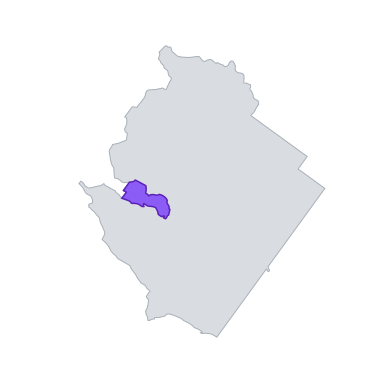 White Nile highlighted on a map of Sudan, rotated 126°
{"feature_id": "SDN-879", "entity_name": "White Nile", "entity_type": "State", "adm_level": 1, "iso_a3": "SDN", "parent_name": "Sudan", "parent_adm1": "", "projection": "mercator", "projection_center": [32.247, 13.605], "detail": "fine", "context": "in_parent", "style": "filled", "palette": "violet", "viewbox_px": 384, "rotation_deg": 126, "n_neighbors": 0, "source": "natural_earth", "source_scale": "10m", "svg_char_len": 5482}
<svg xmlns="http://www.w3.org/2000/svg" viewBox="0 0 384 384"><g transform="rotate(126 192 192)"><path d="M251.7,288.4L248.8,288.4L248.5,287.7L248.5,285.8L248.9,284.4L249.9,282.1L249.7,280.9L249.8,279.1L249.0,277.1L242.1,271.3L240.8,269.7L237.0,268.2L237.7,266.6L236.2,254.7L236.9,253.3L237.1,251.2L237.1,249.4L238.0,246.3L238.1,245.0L230.7,244.9L230.6,246.2L231.0,247.7L231.0,248.3L220.7,248.3L224.8,253.0L225.0,255.1L224.8,257.6L224.8,259.3L225.0,260.3L226.1,262.4L226.1,262.8L225.8,263.3L218.5,269.5L217.3,272.4L216.3,273.9L214.2,276.5L207.6,283.1L206.5,283.5L201.4,283.8L200.9,283.9L200.5,284.2L200.3,284.2L196.0,280.3L188.7,275.6L183.9,278.0L182.5,278.9L182.5,281.2L181.8,282.3L180.5,283.6L176.9,284.4L175.1,285.1L172.9,286.3L170.7,288.4L170.5,289.5L170.8,290.5L158.5,290.5L157.7,289.7L155.9,286.2L154.6,286.4L143.4,286.0L141.8,286.4L138.6,287.8L137.0,288.0L135.3,287.4L129.4,280.5L128.1,279.7L126.8,278.0L125.5,277.3L125.1,276.8L125.0,276.0L125.0,274.5L124.6,273.6L123.7,273.3L115.7,274.9L114.6,274.8L112.9,275.1L112.4,275.3L111.7,276.2L111.6,278.1L111.4,279.1L110.8,280.1L108.5,282.5L108.0,283.5L108.1,286.1L108.0,287.4L107.6,288.0L106.6,289.0L106.3,289.5L105.9,292.8L104.7,294.8L104.4,295.5L104.3,297.0L104.1,297.4L100.5,298.5L99.2,299.3L98.3,300.4L98.1,300.9L96.6,300.5L94.7,300.2L90.9,299.8L89.4,299.3L88.7,298.5L88.9,296.5L88.6,296.1L88.0,295.7L87.6,294.9L87.6,293.8L89.6,291.5L90.0,290.3L90.6,284.5L90.4,282.7L88.8,279.5L85.2,273.9L84.4,272.8L79.9,268.1L79.3,267.4L78.2,265.5L79.4,261.2L79.5,260.0L79.2,258.8L78.1,257.9L77.1,257.8L75.7,256.6L74.9,256.1L74.1,255.1L73.5,253.7L73.9,248.6L73.7,247.9L72.5,247.7L72.3,247.4L72.3,246.4L71.7,243.5L71.0,241.1L71.4,239.8L70.4,238.0L68.6,237.2L65.0,237.8L63.8,237.7L63.1,237.4L62.5,236.7L62.2,235.9L62.5,234.8L63.5,232.6L64.8,230.8L67.4,229.2L68.1,228.3L68.5,227.4L68.5,226.3L68.4,225.1L68.1,224.1L67.3,222.7L66.6,221.0L66.6,219.9L66.9,219.1L67.6,218.1L70.2,216.2L72.8,214.7L73.3,214.1L73.1,213.5L71.9,212.2L71.5,209.7L70.8,207.9L72.2,206.6L73.2,206.1L74.7,205.7L75.3,205.2L75.5,204.1L75.4,203.1L76.0,202.4L76.7,200.8L77.3,200.0L79.4,198.1L79.8,196.9L79.9,195.7L79.4,192.2L80.5,190.7L82.0,189.5L84.2,189.6L87.5,189.3L89.7,188.8L91.4,188.8L95.0,189.5L95.4,189.2L95.6,188.2L95.6,119.7L110.8,119.7L111.0,119.6L111.0,86.6L207.3,86.6L208.1,86.5L209.6,83.4L210.3,83.1L211.3,83.3L211.6,84.1L210.8,86.6L294.9,86.6L295.1,90.4L295.7,93.4L298.1,97.7L300.1,100.1L300.9,101.3L300.9,101.9L300.8,102.5L300.2,101.9L299.2,101.4L299.1,103.4L299.5,107.6L300.4,110.5L299.8,113.1L299.9,117.7L300.9,123.1L300.7,126.5L302.5,134.5L304.2,139.0L305.1,140.1L306.1,140.7L308.2,141.0L311.1,143.3L313.5,145.7L314.3,146.9L315.5,148.3L316.2,148.1L316.7,147.7L317.5,148.8L321.2,151.2L321.8,152.3L320.4,153.4L318.9,155.2L318.1,156.9L317.7,157.5L316.5,158.6L316.3,159.1L315.7,159.4L315.1,159.5L313.9,160.0L312.7,159.9L311.6,160.2L311.1,160.6L310.2,161.0L309.0,161.2L307.0,162.6L305.3,163.3L304.8,163.9L303.9,166.8L303.2,167.6L300.7,167.6L299.5,167.9L297.8,167.6L297.0,167.6L296.8,168.2L296.5,170.7L296.5,171.8L295.1,174.6L295.5,179.9L294.2,183.9L294.0,184.8L292.6,187.9L291.9,189.1L290.2,194.9L289.5,196.7L288.0,198.6L289.5,212.6L288.3,216.9L288.3,219.2L287.4,222.7L286.8,224.2L285.6,226.2L284.7,228.3L283.9,231.1L283.3,236.5L283.1,236.9L278.6,237.6L277.2,238.0L276.3,238.6L275.2,239.9L272.9,243.7L271.7,246.0L269.9,249.1L267.7,251.3L267.2,252.4L266.9,254.4L266.1,257.6L265.3,259.9L265.5,261.7L264.8,264.8L264.9,266.4L264.1,267.2L263.1,268.0L262.4,268.2L259.3,266.1L257.2,267.6L255.8,269.6L254.7,271.7L255.4,276.0L255.3,277.0L255.0,278.0L252.9,282.3L252.3,284.2L251.7,287.6L251.7,288.4Z" fill="#d9dde1" stroke="#a8b0b8" stroke-width="1"/><path d="M238.3,245.1L230.9,245.0L230.8,245.3L230.9,245.6L230.8,245.9L230.8,246.1L230.8,246.4L230.9,247.1L231.1,247.6L231.1,247.8L231.1,248.0L231.1,248.4L226.0,248.4L220.8,248.4L218.4,245.8L217.5,245.2L216.2,245.1L215.9,245.0L215.7,244.9L215.6,244.7L214.8,239.1L214.1,233.8L214.0,233.2L214.5,232.6L216.0,231.2L218.4,229.6L219.8,229.1L220.0,228.9L220.1,228.6L220.2,228.4L220.3,228.3L220.3,228.2L220.2,227.6L220.0,227.1L220.0,226.9L220.0,226.7L220.4,225.1L220.5,224.9L220.4,224.7L220.1,224.4L219.1,224.2L218.8,224.0L218.6,223.9L218.3,223.5L218.1,223.4L217.7,223.0L217.3,222.5L216.3,220.8L215.4,218.7L215.2,218.4L214.7,218.1L214.1,217.6L213.5,217.3L213.2,217.0L213.1,216.9L213.0,216.6L212.9,216.3L212.6,215.7L212.4,214.8L212.1,213.4L212.1,211.2L212.4,209.1L212.8,208.0L213.3,207.2L213.6,207.0L213.7,206.9L214.3,206.6L214.7,206.4L215.1,206.2L215.3,206.0L215.5,205.8L217.1,202.2L217.3,202.0L219.0,200.8L219.1,200.7L219.0,200.4L219.0,200.2L219.0,199.8L219.2,199.6L219.4,199.5L224.3,197.4L224.6,197.5L225.7,197.9L225.9,197.9L226.0,197.9L226.5,197.7L226.8,197.6L227.3,197.6L229.1,197.6L229.4,198.7L229.5,199.1L229.6,199.5L229.4,199.9L229.3,200.0L229.0,200.0L228.6,200.0L228.3,200.0L228.0,200.2L227.9,200.4L227.9,200.7L228.1,201.1L228.3,201.3L229.4,201.7L229.6,201.8L229.8,202.2L229.9,202.8L230.0,205.3L229.9,205.9L229.7,206.4L229.3,206.9L228.9,207.3L228.0,208.3L227.0,210.1L226.2,211.8L226.1,212.2L226.1,212.5L226.1,212.8L226.2,213.2L226.6,214.5L227.2,215.8L228.5,218.0L229.3,219.6L229.4,220.3L229.5,220.8L229.5,223.5L229.6,224.0L229.8,224.2L230.2,224.2L230.6,224.0L232.0,222.4L232.5,222.9L232.7,223.2L232.9,223.5L233.1,224.0L233.2,224.5L233.2,227.1L233.4,228.5L233.7,229.4L234.8,231.6L236.4,233.8L236.6,234.4L236.6,234.9L236.2,236.1L236.1,237.0L236.2,238.0L238.3,245.1Z" fill="#8b5cf6" stroke="#5b21b6" stroke-width="1.5"/></g></svg>